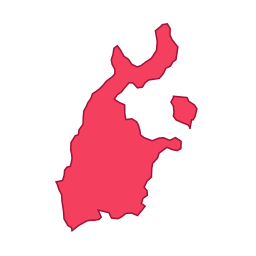 Wanju-gun, North Jeolla, South Korea (orthographic projection), rotated 185°
{"feature_id": "91817680B60221740281290", "entity_name": "Wanju-gun", "entity_type": "district", "adm_level": 2, "iso_a3": "KOR", "parent_name": "South Korea", "parent_adm1": "North Jeolla", "projection": "orthographic", "projection_center": [127.185, 35.873], "detail": "fine", "context": "isolated", "style": "filled", "palette": "rose", "viewbox_px": 256, "rotation_deg": 185, "n_neighbors": 0, "source": "geoboundaries", "source_scale": "gbopen_adm2", "svg_char_len": 1905}
<svg xmlns="http://www.w3.org/2000/svg" viewBox="0 0 256 256"><g transform="rotate(185 128 128)"><path d="M174.8,20.8L168.5,26.7L166.1,28.3L160.9,31.9L157.7,32.7L153.7,33.1L148.9,34.4L146.9,36.8L150.5,43.6L139.7,42.0L136.5,36.8L130.1,36.8L127.3,38.4L122.5,42.8L116.9,43.6L110.9,41.6L107.3,46.8L104.1,51.6L108.1,54.0L106.9,59.2L102.8,62.8L103.6,67.2L106.8,70.4L104.4,76.8L100.4,81.2L100.8,89.7L100.4,94.9L96.0,100.5L94.8,105.7L91.2,108.9L87.6,112.1L82.7,110.5L77.1,109.7L73.5,112.1L73.9,119.3L76.4,120.7L79.9,122.6L85.1,119.4L92.0,121.4L96.4,120.6L102.8,117.4L111.2,119.8L114.9,122.2L116.1,127.0L118.1,132.2L120.1,135.0L124.9,137.5L130.9,136.2L132.5,142.3L133.3,150.7L139.0,152.7L144.2,155.5L141.4,160.4L137.8,163.2L134.9,167.6L130.9,173.2L126.9,173.2L122.1,168.8L117.2,170.0L114.8,174.8L111.6,177.6L106.4,178.9L101.2,180.1L97.5,185.3L95.5,190.9L94.2,191.6L91.1,193.3L89.1,197.7L86.2,200.2L85.8,205.8L85.4,213.0L85.8,213.4L91.9,219.9L94.3,224.3L94.7,230.8L97.9,235.2L102.7,234.0L104.3,232.0L109.2,227.2L106.4,216.7L106.4,207.8L110.8,199.4L116.0,195.4L120.5,191.3L124.1,189.7L129.7,191.7L133.7,196.6L138.2,199.0L142.6,205.4L145.8,209.0L149.0,206.2L149.4,199.8L150.6,194.5L149.4,190.1L146.2,185.3L145.8,180.9L147.8,178.0L153.7,172.7L156.3,168.8L159.5,164.8L163.1,161.5L166.3,159.1L167.5,154.3L170.3,149.5L171.1,146.7L173.5,141.0L173.5,135.0L173.1,127.8L176.7,121.7L176.7,118.5L177.1,116.9L179.9,115.7L183.5,108.5L183.1,100.9L181.9,97.3L181.1,92.8L181.5,88.4L182.2,84.8L185.5,83.6L187.5,80.4L187.4,76.0L188.6,70.0L195.0,68.1L193.8,66.3L191.4,60.7L188.2,55.5L187.4,49.5L185.0,39.5L183.8,31.9L179.3,25.5L175.7,23.9L174.8,20.8ZM66.2,132.5L65.4,141.8L63.8,141.8L62.2,145.4L61.0,153.1L63.8,156.7L69.8,159.9L71.8,163.5L75.4,163.5L85.5,163.6L85.5,162.3L87.5,157.5L84.7,153.9L83.5,147.1L83.9,143.9L80.7,140.2L74.7,138.2L68.2,136.2L67.0,134.6L66.2,132.5Z" fill="#f43f5e" stroke="#9f1239" stroke-width="1.5"/></g></svg>